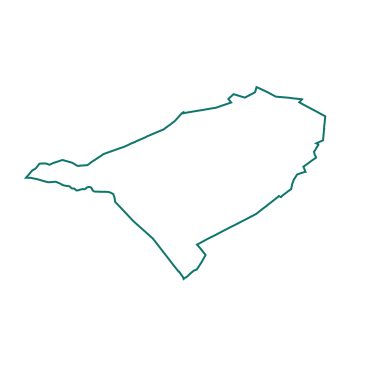 Stružānu pag., Rezeknes, Latvia (Equal Earth projection), rotated 160°
{"feature_id": "27541924B41933638404830", "entity_name": "Stružānu pag.", "entity_type": "district", "adm_level": 2, "iso_a3": "LVA", "parent_name": "Latvia", "parent_adm1": "Rezeknes", "projection": "equal_earth", "projection_center": [27.216, 56.721], "detail": "fine", "context": "isolated", "style": "outline", "palette": "teal", "viewbox_px": 384, "rotation_deg": 160, "n_neighbors": 0, "source": "geoboundaries", "source_scale": "gbopen_adm2", "svg_char_len": 4334}
<svg xmlns="http://www.w3.org/2000/svg" viewBox="0 0 384 384"><g transform="rotate(160 192 192)"><path d="M229.6,113.2L228.3,113.7L228.2,113.7L226.9,113.9L224.8,114.4L224.6,114.5L223.4,115.1L222.7,115.4L222.6,115.5L222.0,115.7L221.7,115.9L221.2,116.1L220.7,116.2L219.8,116.6L218.8,116.9L218.2,117.1L217.8,117.2L217.4,117.4L217.0,117.5L214.6,117.6L214.0,117.5L207.1,122.7L200.8,128.2L202.1,132.1L203.4,136.0L204.3,138.5L205.3,140.8L195.3,142.3L190.3,143.0L188.0,143.2L186.0,143.4L177.2,144.6L174.9,144.9L171.0,145.4L167.2,145.9L165.9,146.0L156.4,147.2L155.8,147.3L143.9,148.8L140.9,149.2L139.8,149.4L139.5,149.4L139.0,149.5L130.8,152.2L127.1,153.3L125.4,153.9L123.2,154.6L115.6,157.1L115.4,157.2L113.1,157.9L111.7,158.5L111.5,158.3L110.1,156.8L108.0,157.8L105.9,158.4L103.8,159.1L99.5,160.4L97.9,160.7L94.8,165.7L93.4,167.1L92.3,168.6L87.2,172.5L86.3,172.5L81.7,172.4L78.7,172.3L78.5,172.2L78.6,177.7L73.8,179.0L72.3,179.5L69.1,180.4L67.1,181.0L66.5,181.1L65.1,181.5L64.2,181.7L63.8,181.8L63.6,181.9L63.7,183.7L63.8,184.7L63.9,185.5L63.8,185.8L63.6,188.1L61.5,189.6L60.7,190.3L57.2,193.0L57.0,193.5L58.6,195.2L51.1,195.8L49.2,200.0L48.2,202.1L46.4,205.9L46.2,206.1L46.3,206.3L45.5,208.1L44.7,209.7L44.1,210.9L43.3,212.6L42.6,214.0L42.0,215.3L41.5,216.4L41.1,217.2L41.1,217.3L40.9,217.6L41.7,218.5L43.0,220.0L43.6,220.7L44.5,221.6L45.5,222.8L45.9,223.3L46.8,224.2L47.6,225.1L48.9,226.6L49.9,227.7L50.6,228.4L51.1,229.0L52.3,230.3L53.9,232.1L56.7,235.2L57.6,236.2L60.5,239.6L59.3,240.2L58.5,240.7L57.3,241.3L56.9,241.5L57.0,241.6L63.5,244.7L69.1,247.6L74.7,250.2L80.7,253.0L86.7,259.7L87.7,260.8L94.7,267.8L94.9,268.0L95.5,268.5L97.7,265.4L98.5,264.3L99.3,264.1L102.6,263.6L109.4,262.7L109.7,262.6L110.0,262.6L113.5,265.2L117.6,268.3L119.5,269.7L120.7,269.2L126.0,267.0L124.6,262.7L134.4,262.9L138.3,262.9L139.7,263.0L140.3,263.0L140.9,263.0L141.1,263.1L141.4,263.1L145.4,263.9L146.9,264.2L147.9,264.4L148.7,264.5L154.6,265.5L156.4,265.9L156.9,266.0L157.2,266.1L158.1,266.2L158.3,266.3L160.4,266.7L161.0,266.8L161.5,266.9L169.7,268.4L173.4,269.0L173.0,269.8L173.6,269.7L174.6,269.4L175.6,269.0L177.3,268.0L183.2,264.9L183.4,264.8L183.7,264.6L185.0,264.2L186.1,263.9L188.8,263.0L190.8,262.4L191.3,262.3L192.1,262.1L192.8,261.9L193.6,261.6L195.0,261.2L197.1,260.6L197.4,260.5L204.7,260.2L206.1,260.1L206.6,260.1L209.4,259.9L212.1,259.8L212.7,259.7L213.0,259.7L214.0,259.7L214.5,259.7L215.4,259.6L216.4,259.4L217.7,259.3L225.9,258.8L227.4,258.7L228.0,258.5L231.7,258.4L232.2,258.4L232.3,258.4L234.4,258.2L234.9,258.1L235.2,258.1L238.4,257.8L240.0,257.7L241.5,257.7L244.1,257.8L245.2,257.8L249.0,257.8L256.7,257.9L258.7,257.9L260.6,257.9L260.8,257.9L262.2,257.9L266.4,256.8L274.9,254.8L275.9,254.6L279.0,253.6L279.4,253.5L281.2,253.0L281.3,253.0L282.1,253.3L287.4,254.8L289.6,255.3L289.8,255.5L290.8,255.8L291.2,256.3L292.5,258.0L294.7,260.6L302.8,266.4L307.3,266.5L309.3,266.6L312.1,266.7L316.8,266.4L318.9,268.4L321.4,269.5L324.1,270.3L325.6,270.8L330.8,267.6L333.7,267.0L334.7,266.9L335.5,266.4L336.1,266.2L337.1,265.6L338.0,264.9L338.7,264.6L343.1,262.2L338.8,260.5L338.4,260.3L333.6,257.3L332.5,256.6L328.3,253.5L326.1,251.9L323.9,250.4L320.5,249.3L316.6,248.3L312.7,244.7L312.1,243.9L311.2,242.8L309.8,241.8L309.1,241.4L307.3,240.3L306.3,239.9L306.0,239.8L304.9,238.9L304.2,237.4L303.9,236.7L303.2,236.2L302.4,235.9L301.8,235.7L301.2,235.0L300.9,234.5L300.1,233.0L298.7,232.6L297.7,232.4L295.8,232.5L294.6,232.2L293.8,232.1L293.4,232.0L292.9,231.7L291.6,231.3L289.2,232.2L287.6,232.1L287.0,232.0L286.5,231.7L285.9,231.3L285.4,230.7L285.0,229.7L284.9,229.2L284.9,228.7L285.0,228.2L284.8,227.6L284.5,227.0L284.1,226.3L283.8,226.0L283.2,225.7L282.6,225.4L281.3,224.9L280.6,224.6L279.9,224.3L279.6,224.2L279.2,224.1L278.9,223.9L278.5,223.8L278.2,223.7L277.9,223.5L277.6,223.4L277.2,223.3L276.9,223.2L276.6,223.0L276.3,222.9L276.0,222.8L275.7,222.7L275.2,222.5L274.6,222.3L272.1,221.3L270.7,220.7L268.9,219.4L267.9,218.3L267.4,217.8L266.7,217.0L266.7,213.4L267.6,209.0L264.9,202.9L264.8,202.7L262.3,196.9L259.7,190.8L257.1,184.7L251.7,174.7L248.5,168.8L245.4,162.9L244.9,162.1L242.3,154.3L242.3,154.2L236.9,137.4L234.5,129.8L231.8,121.8L231.5,121.8L231.3,121.3L230.8,119.4L230.7,119.2L230.4,118.1L230.2,117.2L230.1,116.8L229.9,116.5L229.8,116.2L229.6,114.9L229.6,113.2L229.6,113.2Z" fill="none" stroke="#0f766e" stroke-width="2"/></g></svg>